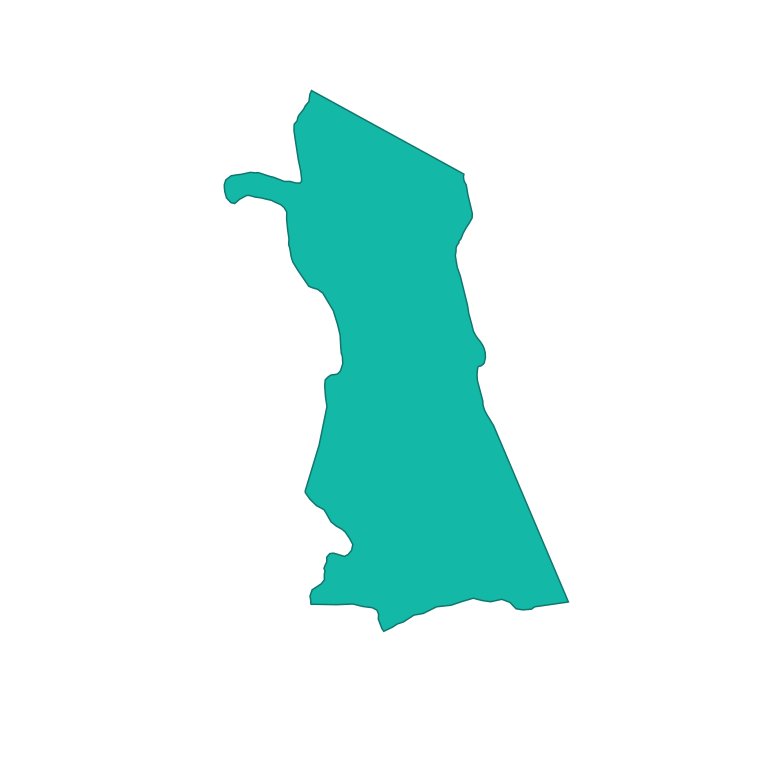 Tete Morne, Choiseul, Saint Lucia (Equal Earth projection), rotated 326°
{"feature_id": "8701671B29380756423502", "entity_name": "Tete Morne", "entity_type": "district", "adm_level": 2, "iso_a3": "LCA", "parent_name": "Saint Lucia", "parent_adm1": "Choiseul", "projection": "equal_earth", "projection_center": [-61.034, 13.762], "detail": "fine", "context": "isolated", "style": "filled", "palette": "teal", "viewbox_px": 768, "rotation_deg": 326, "n_neighbors": 0, "source": "geoboundaries", "source_scale": "gbopen_adm2", "svg_char_len": 2547}
<svg xmlns="http://www.w3.org/2000/svg" viewBox="0 0 768 768"><g transform="rotate(326 384 384)"><path d="M200.5,525.1L200.4,525.9L201.5,526.6L221.7,540.7L235.2,549.0L242.0,556.6L249.2,562.9L251.7,567.5L250.7,572.0L247.8,575.7L245.5,585.6L245.5,588.9L254.9,590.3L260.9,590.4L266.9,592.1L271.3,592.2L279.5,592.3L288.3,596.2L303.0,598.1L315.9,604.9L327.2,608.0L338.2,611.5L344.1,618.2L350.6,624.1L361.3,628.4L366.3,635.5L367.8,644.2L372.8,648.9L380.3,653.1L384.4,653.0L414.3,667.5L415.0,667.8L451.6,479.6L452.0,471.3L452.2,466.4L452.7,462.1L454.2,457.1L456.5,453.1L457.2,451.1L463.3,433.5L466.4,428.2L469.4,424.5L471.5,422.3L473.0,422.5L474.2,423.2L476.6,423.2L478.7,422.7L482.7,419.0L485.3,414.9L486.8,410.7L487.5,407.0L487.5,402.6L487.1,397.2L487.2,393.9L487.7,390.0L489.9,384.1L493.8,372.7L495.6,369.0L497.5,364.8L507.5,337.5L508.1,335.4L510.0,328.2L512.2,323.3L514.9,317.5L518.2,313.9L519.7,311.6L521.5,310.2L525.2,308.7L525.9,307.6L528.9,306.7L534.0,303.2L539.9,300.2L542.6,299.1L543.9,298.6L547.4,296.9L549.9,295.6L552.5,292.1L554.6,286.7L559.2,274.4L563.5,265.0L563.7,261.9L564.3,259.5L565.7,256.7L567.6,254.7L488.0,100.2L484.4,102.5L479.7,107.9L474.3,109.4L471.0,111.3L464.5,113.3L462.0,114.5L459.0,117.3L454.8,118.4L451.1,123.5L445.8,134.5L438.2,150.6L434.1,160.7L430.6,167.5L428.9,169.9L427.0,170.5L423.3,168.1L419.3,163.4L414.7,160.4L412.9,157.8L408.0,150.8L405.4,148.0L398.1,138.6L396.0,137.3L395.6,137.1L391.4,133.7L383.4,130.6L379.1,128.4L373.7,125.9L366.9,126.4L365.3,127.7L363.2,129.3L361.3,132.2L359.5,135.7L357.5,141.6L358.5,148.0L361.2,150.9L367.6,150.1L372.1,150.5L375.8,151.0L378.2,152.8L381.9,157.2L386.0,160.8L389.1,164.2L393.4,168.8L395.2,172.0L398.7,177.6L399.8,181.6L399.6,187.0L397.4,190.1L395.5,192.8L390.3,202.4L386.4,210.5L382.8,215.3L382.0,218.3L380.4,221.9L378.1,226.8L376.6,232.1L376.2,241.8L376.3,261.0L378.4,264.1L381.9,268.3L384.1,274.6L383.8,279.3L383.0,294.8L381.2,300.8L378.7,309.0L374.9,319.1L373.1,322.0L368.8,329.2L365.7,334.8L365.1,337.5L361.2,344.1L355.2,348.8L351.1,349.7L349.1,348.9L345.0,346.9L341.7,346.9L337.6,347.7L333.8,352.4L328.4,361.8L324.1,370.8L296.1,398.3L258.9,428.6L258.0,430.1L258.2,438.4L260.0,447.1L264.0,454.7L263.7,460.4L263.0,468.7L265.1,475.4L267.9,480.8L269.1,485.0L269.1,492.6L268.4,499.6L264.2,503.7L258.9,505.3L254.8,504.8L251.4,500.6L247.6,496.0L244.2,494.3L239.8,495.5L236.9,499.6L234.7,500.8L231.2,503.2L230.5,506.1L228.0,508.5L225.1,513.0L220.1,514.6L209.4,514.4L207.1,516.1L204.0,518.5L202.0,523.0L200.5,525.1Z" fill="#14b8a6" stroke="#0f766e" stroke-width="1.5"/></g></svg>